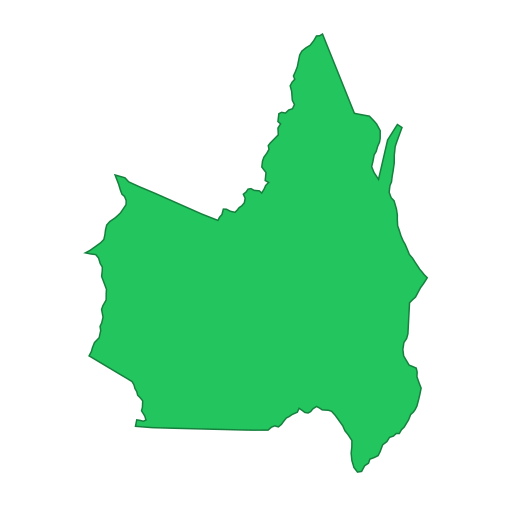 Campo Mourão, Paraná, Brazil (Equal Earth projection), rotated 178°
{"feature_id": "56859067B54956241865270", "entity_name": "Campo Mourão", "entity_type": "district", "adm_level": 2, "iso_a3": "BRA", "parent_name": "Brazil", "parent_adm1": "Paraná", "projection": "equal_earth", "projection_center": [-52.393, -24.126], "detail": "fine", "context": "isolated", "style": "filled", "palette": "green", "viewbox_px": 512, "rotation_deg": 178, "n_neighbors": 0, "source": "geoboundaries", "source_scale": "gbopen_adm2", "svg_char_len": 3047}
<svg xmlns="http://www.w3.org/2000/svg" viewBox="0 0 512 512"><g transform="rotate(178 256 256)"><path d="M85.6,228.3L88.6,231.5L90.8,234.5L92.9,237.1L94.9,240.5L97.3,244.3L99.6,248.3L102.7,252.2L104.0,255.8L106.6,262.6L108.4,265.9L110.5,271.3L112.0,276.9L113.4,281.3L113.5,288.2L113.3,291.9L114.0,298.0L116.1,306.4L118.9,309.5L120.7,315.0L119.7,321.7L118.0,325.3L117.1,331.1L116.1,335.7L115.4,339.6L114.6,344.1L114.3,352.0L113.7,355.8L113.1,360.5L111.4,365.0L108.4,372.5L105.6,379.3L110.1,382.5L120.4,367.4L130.9,328.3L135.2,335.4L137.3,341.3L135.8,346.6L134.4,353.0L132.3,356.2L130.5,361.6L128.6,365.4L127.8,369.3L127.5,376.9L130.8,383.6L133.0,386.4L137.8,391.8L148.2,394.1L152.7,395.2L181.8,475.5L184.7,473.9L187.9,473.8L190.6,469.4L194.5,464.7L198.7,462.4L203.0,459.2L205.3,455.4L206.6,450.0L208.1,443.7L210.2,438.8L212.3,434.6L211.1,431.3L213.8,428.5L215.9,424.9L214.6,419.2L214.3,410.5L212.3,406.0L214.4,401.9L218.2,400.8L221.6,397.8L225.4,398.7L228.2,397.4L229.4,389.6L226.8,387.2L229.6,383.1L229.5,376.3L232.0,373.9L237.9,368.3L239.9,365.9L239.3,362.2L241.7,358.2L244.7,354.4L246.2,350.6L247.1,344.7L243.1,339.0L244.2,331.1L240.8,329.1L243.9,326.1L245.5,322.7L248.1,318.7L250.4,321.0L255.7,321.7L258.7,323.5L261.6,323.1L263.7,320.3L266.5,318.2L264.8,314.1L265.8,309.6L268.5,306.6L271.1,305.0L273.1,302.6L275.5,300.4L280.0,301.6L284.0,303.8L287.0,304.0L288.6,298.6L291.1,296.0L292.8,292.9L308.7,299.8L354.6,322.1L370.6,329.5L380.6,334.5L384.2,338.7L387.2,339.7L394.0,341.9L390.7,332.3L389.2,326.5L387.8,322.4L385.3,320.1L383.8,315.9L384.1,311.8L389.9,303.8L392.8,301.2L395.5,299.0L401.0,295.5L404.1,292.2L405.5,287.3L406.3,282.3L407.5,277.8L410.7,274.7L421.7,267.4L426.4,265.1L421.0,263.8L416.1,263.0L413.4,259.4L411.9,253.8L410.0,250.4L410.2,246.4L411.0,241.0L408.6,233.9L406.6,227.9L407.0,224.1L407.3,217.3L410.8,211.6L412.2,207.9L411.0,200.3L412.5,194.6L414.3,191.1L413.8,186.9L415.6,179.8L420.4,175.2L422.7,170.0L423.8,166.4L426.3,162.0L384.3,134.9L382.5,131.6L381.6,127.8L379.9,124.6L379.1,121.0L376.7,118.4L374.3,115.2L374.8,108.7L375.8,105.3L372.7,99.9L371.7,95.9L374.4,94.8L377.7,95.8L380.9,96.4L382.4,90.0L365.9,88.1L338.8,86.4L276.9,82.7L271.7,82.4L263.4,82.0L250.0,81.6L246.5,84.4L243.2,85.6L239.6,84.4L236.5,86.8L234.4,89.5L231.3,93.1L228.6,94.3L225.7,96.2L220.1,98.5L218.3,102.3L215.0,99.9L212.6,97.9L209.4,97.3L206.8,98.6L204.7,101.1L200.8,103.5L198.2,102.1L195.2,99.9L189.0,99.3L185.9,98.2L182.3,93.9L179.3,89.4L175.2,83.2L173.2,78.2L170.1,74.1L166.6,68.2L166.9,61.7L167.8,55.6L167.3,48.2L165.5,41.2L162.1,36.5L158.0,37.0L154.7,42.6L150.8,45.0L149.3,49.0L145.0,50.4L141.0,52.2L138.8,56.1L136.0,62.9L131.7,65.9L128.9,70.1L125.0,71.2L122.1,73.7L119.0,73.6L116.7,77.3L113.9,79.8L109.2,87.0L107.0,92.1L104.1,94.6L102.2,97.1L100.4,100.5L98.4,107.1L97.0,112.3L95.6,118.2L97.7,124.2L99.4,129.8L99.0,134.4L99.8,138.4L104.2,140.5L106.8,141.6L111.9,150.9L112.5,157.5L111.2,164.4L108.4,168.2L106.9,172.9L104.2,203.9L101.1,206.8L98.0,209.4L92.8,218.4L89.2,223.0L85.6,228.3Z" fill="#22c55e" stroke="#15803d" stroke-width="1.5"/></g></svg>